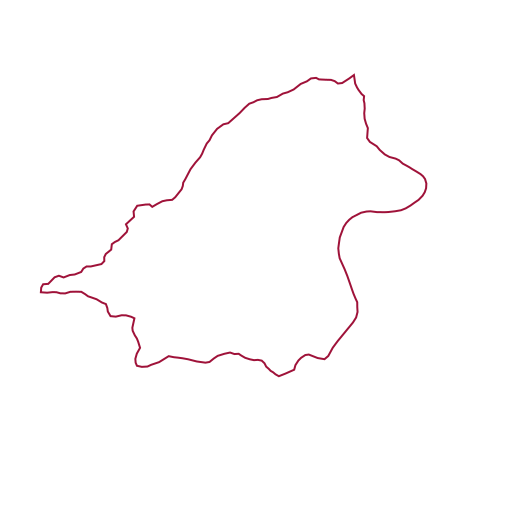 outline of Iacanga, São Paulo, Brazil, rotated 51°
{"feature_id": "56859067B95917259831804", "entity_name": "Iacanga", "entity_type": "district", "adm_level": 2, "iso_a3": "BRA", "parent_name": "Brazil", "parent_adm1": "São Paulo", "projection": "equal_earth", "projection_center": [-49.042, -21.9], "detail": "fine", "context": "isolated", "style": "outline", "palette": "rose", "viewbox_px": 512, "rotation_deg": 51, "n_neighbors": 0, "source": "geoboundaries", "source_scale": "gbopen_adm2", "svg_char_len": 2737}
<svg xmlns="http://www.w3.org/2000/svg" viewBox="0 0 512 512"><g transform="rotate(51 256 256)"><path d="M368.4,297.9L365.6,294.0L363.9,288.8L363.5,285.0L364.0,280.0L365.8,277.0L374.1,272.3L379.3,267.7L379.2,262.8L375.6,254.1L374.5,249.9L373.5,245.9L368.7,222.5L366.8,216.9L363.4,212.3L359.5,209.5L355.6,206.4L351.6,205.4L346.8,204.0L342.8,202.6L336.5,200.3L329.0,197.6L321.9,195.4L310.4,192.4L306.4,190.2L301.8,187.2L298.0,183.2L294.3,179.2L288.6,169.6L287.1,165.0L286.5,160.7L286.5,156.6L288.5,147.1L291.0,142.1L293.3,138.9L297.9,134.5L302.9,128.5L305.1,125.5L308.8,119.7L311.7,114.5L313.2,109.7L314.0,104.2L314.3,99.1L314.7,94.4L314.0,88.6L312.6,84.7L310.4,81.2L306.9,78.0L302.6,76.2L299.2,76.0L295.9,76.6L291.3,78.2L286.5,80.0L283.7,80.9L280.9,82.0L276.6,83.8L271.6,84.6L268.2,86.2L263.0,90.0L258.1,92.0L251.5,93.1L246.7,93.1L239.0,95.7L234.2,95.4L230.6,92.0L227.0,88.6L222.4,87.2L217.7,85.2L213.1,82.0L209.9,78.8L205.5,75.6L202.6,74.2L199.8,71.4L196.6,72.0L191.4,71.8L188.5,71.4L184.4,70.4L177.0,66.0L176.7,71.8L175.8,80.2L173.5,83.8L169.6,84.8L166.3,86.9L162.8,91.0L158.4,95.9L155.4,97.2L152.6,101.5L152.3,106.5L150.4,113.0L150.3,121.9L148.7,128.3L146.7,132.9L145.6,139.7L142.9,144.5L141.5,147.9L137.7,153.0L135.7,157.1L134.9,161.2L133.4,165.4L133.7,171.6L134.6,178.6L135.3,194.0L133.1,198.5L132.7,206.2L134.5,214.3L136.8,219.3L137.6,223.5L140.5,229.7L142.6,233.5L144.1,237.3L145.3,244.3L147.3,252.2L149.8,258.0L151.8,262.6L153.2,266.4L155.5,268.8L157.3,271.8L159.5,281.8L159.6,285.8L156.6,290.2L154.5,294.3L153.3,300.3L152.5,305.7L148.9,306.3L146.5,309.5L142.2,316.7L144.3,323.1L148.8,326.1L149.5,337.1L153.9,338.3L156.0,341.3L157.2,353.0L156.3,356.9L156.1,360.6L159.9,364.5L159.9,371.5L161.4,374.7L164.5,377.1L165.0,381.2L160.2,390.9L157.5,394.3L157.1,398.1L158.4,401.9L156.3,408.5L153.6,412.7L151.6,419.0L147.3,421.6L145.8,425.9L146.9,435.0L144.0,439.2L145.4,442.8L148.8,446.0L153.1,441.4L155.8,437.2L158.4,434.0L161.9,431.5L165.0,427.8L167.0,422.8L170.5,418.3L173.9,414.3L178.1,412.8L181.6,411.9L184.6,410.0L189.3,407.1L195.2,405.0L198.9,402.9L202.9,404.3L205.9,406.1L211.2,406.9L214.9,403.1L217.5,397.7L220.4,394.3L224.6,391.3L227.9,389.7L234.0,397.3L236.5,398.9L241.4,400.1L245.1,400.5L248.4,401.5L251.4,402.7L254.4,403.9L256.9,410.1L260.0,414.5L263.2,416.7L266.4,417.6L270.3,414.5L273.6,409.9L274.6,405.9L277.5,398.1L278.9,386.9L283.0,383.5L285.9,380.6L289.3,377.4L293.6,373.7L300.7,368.4L307.1,362.4L309.1,358.8L309.1,353.2L309.5,348.6L312.1,342.1L314.7,336.9L318.6,334.5L321.1,331.0L324.1,330.1L328.3,328.5L332.4,325.8L335.7,323.1L337.9,319.9L340.9,317.4L344.7,316.9L348.4,317.7L351.7,317.1L354.5,316.9L357.1,315.9L360.2,315.3L363.8,313.9L365.9,307.2L368.4,297.9Z" fill="none" stroke="#9f1239" stroke-width="2"/></g></svg>